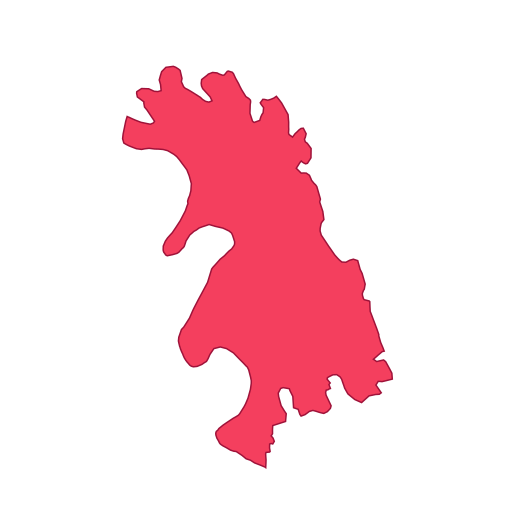 Kafr Al-Zayyat, Al Gharbiyah, Egypt, rotated 344°
{"feature_id": "37247803B98548852573050", "entity_name": "Kafr Al-Zayyat", "entity_type": "district", "adm_level": 2, "iso_a3": "EGY", "parent_name": "Egypt", "parent_adm1": "Al Gharbiyah", "projection": "equal_earth", "projection_center": [30.818, 30.807], "detail": "fine", "context": "isolated", "style": "filled", "palette": "rose", "viewbox_px": 512, "rotation_deg": 344, "n_neighbors": 0, "source": "geoboundaries", "source_scale": "gbopen_adm2", "svg_char_len": 6016}
<svg xmlns="http://www.w3.org/2000/svg" viewBox="0 0 512 512"><g transform="rotate(344 256 256)"><path d="M186.7,65.2L186.1,66.6L185.8,70.4L190.2,76.2L190.7,76.9L190.3,78.2L189.9,82.1L191.4,85.5L195.6,98.5L194.1,99.8L190.7,100.2L182.3,95.8L177.8,92.4L175.1,90.2L172.1,87.6L171.0,86.8L170.6,86.4L167.9,90.6L161.9,102.1L160.1,106.5L160.1,111.0L161.8,112.8L164.4,115.2L167.0,117.2L170.6,119.9L173.6,121.2L175.3,122.0L178.7,122.3L182.9,123.0L188.1,125.2L191.9,126.4L196.1,128.0L200.1,130.4L205.0,135.5L207.2,138.6L208.9,142.4L210.3,146.2L212.0,150.6L213.3,154.2L213.9,160.5L213.8,168.8L213.4,169.7L211.4,175.3L208.9,179.6L206.9,182.0L205.4,184.4L205.0,187.0L203.7,188.6L200.5,193.2L192.8,201.3L186.9,206.4L184.4,208.5L182.0,210.5L178.9,212.4L175.9,214.3L172.9,216.8L170.9,219.3L169.6,220.9L169.1,222.5L168.6,224.0L168.3,225.4L168.4,227.0L169.1,228.8L169.4,230.0L170.7,231.3L176.1,231.7L180.8,231.7L182.9,231.1L187.3,228.4L188.5,227.9L189.7,226.9L191.4,224.5L192.9,222.2L194.7,220.6L198.2,217.5L198.9,217.2L200.9,216.3L203.1,215.2L205.8,214.6L209.0,213.4L212.5,213.1L215.9,213.0L219.6,212.8L224.3,215.8L224.9,216.2L231.8,220.0L233.8,221.7L236.8,224.4L237.1,224.7L238.8,227.2L239.2,229.8L239.3,232.6L239.4,236.4L238.7,238.6L237.9,239.8L235.8,241.5L234.6,242.5L231.4,243.8L228.0,245.7L225.9,247.0L220.7,249.2L216.0,252.2L214.1,253.4L211.6,254.9L209.8,256.3L204.8,264.0L202.2,268.0L193.3,277.2L188.5,282.1L181.8,289.2L180.2,291.0L175.0,297.3L167.0,304.4L164.1,306.1L159.4,312.8L158.0,316.3L158.0,316.8L157.9,317.3L157.9,317.9L157.9,318.4L157.8,318.9L157.8,319.4L157.8,319.9L157.8,320.4L157.7,321.0L157.7,321.5L157.7,322.0L157.8,322.5L157.8,323.0L157.8,323.6L157.8,324.1L157.8,324.6L157.9,325.1L157.9,325.6L158.0,326.1L158.0,326.7L158.1,327.2L158.2,327.7L158.2,328.2L158.3,328.7L158.4,329.2L158.5,329.7L158.6,330.4L158.6,331.2L158.7,331.9L158.8,332.6L158.9,333.4L159.0,334.1L159.2,334.8L159.4,335.6L159.6,336.3L159.8,337.0L160.1,337.7L160.3,338.4L160.6,339.0L160.9,339.7L161.2,340.3L161.6,341.1L161.8,341.7L162.1,342.3L162.5,343.0L163.0,343.6L163.6,344.2L164.1,344.5L164.4,344.7L164.7,344.9L165.0,345.1L165.5,345.3L169.0,345.9L174.1,345.3L177.0,344.3L179.3,343.7L181.6,341.5L184.6,337.9L187.0,335.9L190.0,333.4L196.6,333.6L202.2,336.9L207.7,343.0L208.3,344.2L211.6,350.4L214.3,355.3L216.4,359.4L217.0,360.2L217.2,361.2L217.6,363.5L217.4,370.9L217.1,374.6L216.3,377.2L214.9,380.4L213.8,382.8L209.1,390.5L205.2,395.3L202.9,397.7L200.0,400.3L196.9,403.1L195.2,404.2L192.0,405.1L189.4,405.7L182.2,408.0L177.7,409.5L172.8,411.6L171.1,413.0L169.6,413.6L168.9,414.5L168.4,415.5L168.1,417.2L168.2,420.3L169.0,423.4L169.4,425.7L170.0,427.1L171.8,429.3L174.7,432.1L178.0,435.6L180.8,437.5L183.1,438.5L187.6,443.8L190.6,448.2L194.4,450.8L197.6,454.5L202.4,458.1L206.5,461.4L207.0,462.1L208.5,457.7L209.2,455.5L209.4,454.9L210.1,451.6L210.6,449.5L210.7,448.9L211.5,447.6L212.3,447.7L215.0,448.2L215.7,447.8L216.1,444.3L217.3,440.5L218.8,440.4L220.3,441.3L222.5,439.2L222.2,435.7L221.0,433.1L222.9,431.4L224.1,427.1L224.5,426.0L225.4,423.6L229.0,423.5L238.8,423.2L241.6,415.9L240.6,412.9L238.9,406.8L239.0,398.2L239.0,397.4L239.6,393.9L243.2,390.1L245.8,390.0L248.7,391.4L251.5,392.8L251.5,394.7L252.7,401.1L250.3,412.2L254.3,415.0L254.5,420.3L255.2,422.3L259.4,422.0L262.1,421.0L264.4,420.1L267.4,420.1L268.1,420.1L270.6,421.6L273.3,423.4L275.2,424.6L277.8,426.0L281.1,425.4L281.7,425.3L285.5,423.0L286.9,420.7L285.0,409.1L285.3,406.4L286.5,404.3L288.4,404.4L289.9,403.9L291.0,403.9L290.7,399.6L292.3,398.5L290.4,394.0L291.0,392.8L292.2,392.3L297.1,391.4L300.9,392.3L302.8,394.5L303.5,395.3L304.3,397.8L304.4,398.8L304.5,401.4L304.7,404.4L304.8,407.4L305.5,410.4L305.9,412.1L306.4,414.0L311.4,421.2L317.1,426.0L326.1,421.6L332.9,422.1L336.4,422.9L338.7,422.0L335.7,413.1L338.9,410.2L340.2,410.6L342.5,411.5L346.9,411.7L353.1,411.9L354.3,406.1L353.8,403.7L353.4,401.7L352.4,397.2L351.5,393.3L350.0,391.1L342.9,390.7L340.4,387.6L344.3,385.8L345.9,385.0L351.0,382.7L353.0,382.8L352.7,379.1L352.0,373.5L352.0,370.9L352.0,366.6L352.4,365.3L352.0,358.4L351.8,356.3L351.6,353.6L351.2,348.9L350.9,345.0L350.6,341.7L350.5,340.7L351.6,336.0L352.8,331.2L352.4,330.4L347.9,327.8L347.5,326.5L347.5,323.0L347.9,321.3L349.8,318.7L350.9,317.8L353.2,313.1L353.2,308.4L353.2,301.9L353.0,300.9L352.4,297.6L352.5,288.5L348.7,285.9L344.9,285.9L340.7,286.8L338.1,285.9L336.9,285.5L335.5,283.5L335.1,282.9L333.9,280.7L332.0,276.8L329.4,269.1L328.6,266.9L327.1,262.1L324.5,254.0L324.5,251.8L324.5,249.6L324.9,248.4L325.3,247.1L327.5,242.8L328.3,241.9L331.3,239.7L332.5,231.6L332.1,221.6L333.6,219.1L333.6,210.0L333.6,206.1L332.9,204.0L331.8,202.2L330.2,198.4L330.2,197.5L329.6,193.1L328.4,191.7L327.2,190.2L324.6,189.3L322.3,188.8L318.9,182.8L324.2,178.1L325.7,177.2L326.5,178.5L327.6,179.8L329.1,181.1L331.0,181.1L335.9,176.8L338.6,167.8L336.3,161.7L335.2,160.4L334.8,159.6L334.8,157.0L336.0,155.7L337.9,152.3L337.2,148.7L336.7,146.2L334.5,145.8L332.2,146.6L329.9,147.9L327.3,149.2L323.9,151.8L321.2,148.3L321.2,146.6L322.4,143.2L322.9,141.1L324.3,136.3L325.8,128.9L325.0,125.5L322.8,116.0L321.3,112.1L319.6,108.1L316.7,109.1L313.3,109.5L310.3,109.5L307.3,107.8L305.7,107.3L304.1,108.6L302.3,109.9L302.7,111.6L304.2,115.5L302.3,120.3L300.8,121.5L298.9,123.7L297.0,126.7L295.5,126.8L291.0,127.1L290.6,126.7L289.8,125.4L289.5,117.2L291.0,112.5L292.1,109.0L293.3,106.4L293.6,104.7L292.5,102.6L290.2,100.0L288.0,92.2L287.2,88.3L286.8,85.7L286.1,82.7L285.3,79.3L284.6,74.5L283.8,72.8L280.4,70.6L279.3,70.6L275.5,73.2L274.0,73.2L270.9,71.0L269.1,69.3L264.9,67.6L260.3,68.0L259.6,68.4L258.5,68.9L253.1,71.1L252.4,71.4L250.9,74.9L250.5,77.5L250.9,80.5L255.8,90.4L256.5,94.7L253.1,95.1L250.1,93.4L247.8,90.8L246.3,88.2L240.6,81.8L238.6,79.6L236.1,77.0L234.2,75.3L233.5,74.0L233.1,73.5L232.7,70.5L232.3,67.9L233.8,64.9L234.2,56.7L233.1,55.0L230.8,52.4L228.8,50.9L221.4,49.8L216.1,52.8L213.8,56.3L212.3,58.8L211.5,60.1L211.5,64.9L210.4,70.9L207.0,70.9L203.5,69.6L199.0,65.7L192.2,63.5L189.2,64.4L186.7,65.2Z" fill="#f43f5e" stroke="#9f1239" stroke-width="1.5"/></g></svg>